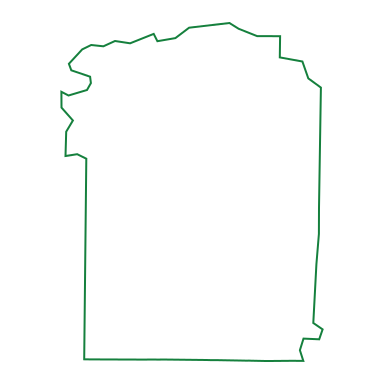 outline of Wayne, Tennessee, United States of America
{"feature_id": "52423323B60565520400225", "entity_name": "Wayne", "entity_type": "district", "adm_level": 2, "iso_a3": "USA", "parent_name": "United States of America", "parent_adm1": "Tennessee", "projection": "robinson", "projection_center": [-87.803, 35.248], "detail": "fine", "context": "isolated", "style": "outline", "palette": "green", "viewbox_px": 384, "rotation_deg": 0, "n_neighbors": 0, "source": "geoboundaries", "source_scale": "gbopen_adm2", "svg_char_len": 781}
<svg xmlns="http://www.w3.org/2000/svg" viewBox="0 0 384 384"><path d="M320.9,87.6L308.3,78.4L302.4,61.5L279.8,57.4L280.1,36.2L257.1,36.1L238.7,28.8L229.4,23.0L189.1,27.7L175.4,38.1L157.4,41.2L153.7,33.9L130.1,43.3L115.0,41.0L103.4,46.3L91.2,45.0L82.2,49.4L68.9,63.8L71.3,70.3L90.1,76.7L90.9,83.1L87.0,90.0L68.5,95.5L61.4,91.8L61.5,107.6L72.9,120.5L66.2,131.7L65.5,156.0L77.2,154.2L86.3,158.7L84.2,359.3L90.8,359.4L117.7,359.5L146.1,359.6L149.2,359.5L160.2,359.6L160.3,359.5L161.2,359.5L206.5,360.0L209.9,360.1L215.0,360.1L243.5,360.6L247.7,360.7L248.7,360.6L250.8,360.7L265.5,361.0L269.8,361.0L292.4,360.8L303.3,360.9L299.9,350.2L303.5,338.6L319.2,339.3L322.6,329.4L313.3,323.0L316.4,264.3L318.9,234.0L319.0,207.6L320.9,87.6Z" fill="none" stroke="#15803d" stroke-width="2"/></svg>